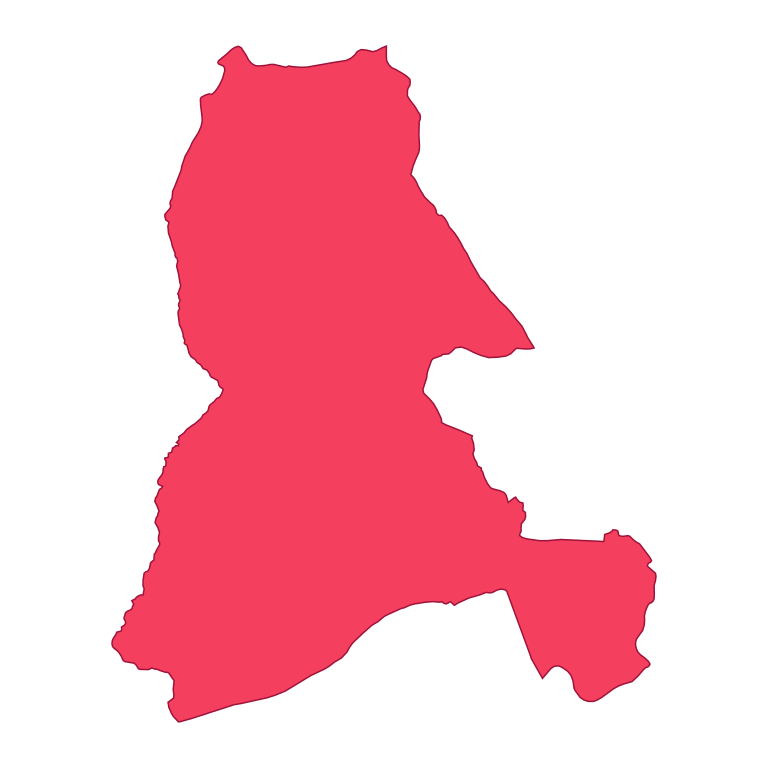 outline of Svay Chrum, Svay Rieng, Cambodia
{"feature_id": "14789045B97733863188211", "entity_name": "Svay Chrum", "entity_type": "district", "adm_level": 2, "iso_a3": "KHM", "parent_name": "Cambodia", "parent_adm1": "Svay Rieng", "projection": "robinson", "projection_center": [105.695, 11.124], "detail": "fine", "context": "isolated", "style": "filled", "palette": "rose", "viewbox_px": 768, "rotation_deg": 0, "n_neighbors": 0, "source": "geoboundaries", "source_scale": "gbopen_adm2", "svg_char_len": 6073}
<svg xmlns="http://www.w3.org/2000/svg" viewBox="0 0 768 768"><path d="M178.5,721.9L180.5,721.6L192.5,718.2L233.7,704.8L241.2,703.5L267.0,697.8L275.2,695.2L285.4,691.0L310.9,675.5L324.2,669.2L329.2,666.2L334.5,662.1L341.4,658.0L346.7,652.4L349.7,647.1L352.0,643.8L354.0,641.6L362.8,633.3L372.2,625.0L378.1,621.6L384.1,616.5L388.1,614.4L401.6,608.3L403.9,607.9L410.1,605.1L414.7,603.9L424.8,602.3L432.5,601.6L440.1,602.2L441.7,601.6L443.9,603.3L446.2,603.9L448.1,603.1L449.3,602.1L450.7,601.9L454.4,605.3L457.8,603.1L468.9,598.0L480.0,594.8L486.3,592.4L489.3,592.9L492.1,592.6L496.8,590.2L500.1,589.2L502.1,589.2L505.4,589.9L506.8,591.3L530.9,656.9L531.1,658.2L542.5,678.4L550.8,668.6L554.4,666.2L558.9,665.9L562.6,667.7L567.6,671.2L570.9,675.2L573.0,680.8L574.1,688.4L575.3,690.8L580.2,697.5L584.0,700.0L588.2,701.4L593.3,701.4L596.7,700.3L601.6,697.5L613.8,688.6L618.4,686.1L623.6,684.0L632.0,681.6L637.7,676.4L643.5,669.6L645.8,667.5L647.7,667.0L649.0,665.9L650.0,664.1L648.4,661.3L644.5,657.8L640.5,654.8L637.9,652.1L636.5,649.1L635.5,645.0L635.8,641.0L636.9,638.4L642.7,630.4L644.3,624.5L644.6,619.7L644.4,615.8L645.5,611.1L646.9,607.4L648.3,604.6L649.6,603.1L650.9,603.0L653.2,601.0L654.1,598.9L654.3,593.5L654.1,585.7L655.5,580.3L656.0,576.4L655.5,573.3L647.4,566.2L647.9,564.0L648.6,563.0L650.3,562.4L651.5,560.8L650.8,559.1L649.1,556.4L639.6,543.9L636.2,542.0L633.7,540.1L629.8,536.3L628.1,535.7L623.1,536.3L620.8,536.1L619.0,535.5L618.4,533.9L618.4,532.6L617.6,530.8L615.9,530.0L612.7,529.9L612.0,531.2L609.3,532.9L604.7,534.5L603.9,541.5L560.7,539.5L548.1,540.6L539.9,540.7L527.6,539.0L522.6,537.7L519.6,535.5L519.9,533.5L521.1,531.6L521.0,529.1L521.4,523.8L524.8,519.5L525.6,516.8L525.4,512.4L522.8,510.4L523.2,505.8L522.9,503.0L519.5,502.1L516.5,498.7L515.7,497.1L514.1,497.9L508.2,502.4L506.2,495.4L504.3,492.7L500.2,490.8L492.8,488.8L490.6,487.8L487.6,483.8L484.5,477.7L482.4,471.3L481.4,470.7L481.3,468.0L477.5,465.9L476.8,462.7L474.3,458.4L472.9,453.8L474.2,449.9L473.5,443.4L471.7,437.9L472.4,435.9L458.4,429.8L446.2,425.0L441.7,422.7L441.3,419.0L440.4,416.7L437.1,409.8L433.6,403.7L429.5,398.9L423.7,393.2L422.9,389.5L426.6,378.0L427.3,372.7L427.9,370.5L431.5,360.4L433.3,358.5L441.6,355.6L442.3,354.4L448.6,353.9L451.4,351.8L455.4,347.8L461.6,347.1L467.1,349.1L473.6,352.4L480.9,355.4L488.8,357.6L497.7,357.2L505.7,356.1L510.7,353.8L516.3,348.3L525.8,349.0L529.9,348.9L534.1,348.0L532.9,345.8L527.5,337.3L526.6,335.1L521.8,326.0L515.6,318.7L511.4,313.0L505.8,306.8L499.3,300.8L493.7,293.9L490.6,290.9L487.7,286.2L484.3,281.7L480.2,277.9L471.0,262.0L466.8,253.3L463.5,248.4L461.2,243.7L457.9,238.0L454.4,232.9L449.1,226.8L447.7,223.3L444.9,218.4L441.7,215.2L439.4,215.4L438.2,215.1L436.3,212.8L436.2,210.6L434.7,207.2L433.0,204.9L430.6,203.0L424.6,197.1L420.0,189.6L418.2,186.2L416.1,181.5L414.1,178.2L410.8,174.6L413.1,166.0L415.6,159.6L418.7,152.6L419.3,149.7L419.5,146.0L418.9,135.3L419.2,122.0L420.1,119.4L420.4,116.2L419.7,114.0L418.1,111.9L415.1,106.7L409.7,99.7L407.4,95.9L407.5,90.0L408.1,88.2L409.9,85.3L410.2,81.5L409.8,79.2L406.9,76.4L404.2,74.5L396.3,69.8L391.6,67.6L388.8,64.7L386.7,60.7L386.3,56.4L386.4,46.1L381.9,47.9L376.9,50.6L372.7,51.7L366.1,50.0L361.1,49.6L357.3,51.5L354.8,54.9L350.9,58.3L345.7,60.6L335.5,62.1L307.1,67.1L300.8,67.3L293.0,66.7L288.6,66.0L286.4,67.1L284.8,67.0L273.8,64.4L269.7,64.5L266.5,65.3L258.9,66.0L255.5,65.7L251.6,63.5L248.4,59.7L246.4,55.7L241.3,47.8L238.3,46.3L234.8,47.4L231.5,49.6L226.3,54.4L218.5,60.8L217.9,62.7L218.5,63.9L223.2,66.0L224.5,67.7L224.8,70.5L222.6,78.4L219.7,84.6L217.3,88.5L215.1,91.4L211.9,94.4L208.9,93.9L204.7,95.4L201.2,97.4L200.4,98.9L200.6,104.8L202.1,117.5L202.2,121.1L201.1,126.4L198.4,132.6L192.3,142.3L189.9,147.8L185.1,156.3L181.8,166.2L181.0,170.6L174.1,188.1L172.7,191.1L172.1,198.1L170.3,201.5L170.0,204.4L170.8,205.4L170.1,208.2L164.9,214.4L164.9,216.7L165.9,220.0L168.9,222.1L168.6,223.9L167.9,226.0L168.5,233.2L171.6,242.4L172.2,245.9L175.0,253.0L175.1,255.6L175.8,257.4L177.0,258.0L177.7,261.2L176.6,266.0L178.7,274.7L179.8,282.2L180.5,284.6L180.6,286.5L179.2,290.0L178.8,291.7L177.7,293.9L178.7,295.3L178.9,298.2L180.1,300.1L179.7,301.6L178.9,303.1L178.5,305.3L179.4,307.6L179.6,308.8L178.3,310.9L178.0,312.8L178.2,314.9L179.5,324.9L181.6,329.2L183.1,334.0L183.2,336.6L184.9,340.7L184.2,342.9L185.2,344.3L186.9,345.1L188.7,351.5L188.9,352.9L191.1,356.7L195.2,359.5L197.1,362.5L200.6,364.7L203.1,368.6L206.9,370.0L209.3,373.3L210.2,375.8L211.5,377.2L217.8,380.6L219.0,385.5L220.8,387.7L222.3,388.3L223.1,389.1L222.5,391.6L221.1,394.8L219.5,397.2L216.8,398.4L214.0,401.7L210.2,404.7L209.1,406.2L208.0,410.8L205.6,413.2L202.9,415.0L201.6,417.8L194.7,423.9L192.3,425.3L186.8,429.4L183.8,433.1L178.8,436.8L179.1,439.9L176.4,442.5L178.8,444.0L178.1,445.9L175.7,445.6L174.8,446.8L172.5,448.1L172.3,449.7L171.5,452.3L168.4,453.3L168.3,457.2L164.7,458.1L165.0,459.6L165.9,460.7L166.0,464.5L165.4,466.3L163.7,466.8L163.0,470.0L163.1,471.5L162.3,474.1L158.5,479.3L157.9,480.8L157.8,482.3L158.4,484.4L162.6,486.5L161.4,488.3L159.8,489.1L159.1,490.3L156.7,496.6L155.6,497.7L154.8,501.3L157.2,506.2L159.1,511.4L158.3,512.5L157.4,516.3L156.6,517.1L156.1,518.2L155.1,522.7L157.8,527.4L159.5,532.5L158.5,537.1L158.5,540.9L159.7,542.8L159.6,544.8L156.2,550.8L155.2,553.3L154.3,554.1L153.9,560.0L150.6,562.7L149.4,568.5L147.8,571.1L145.8,571.8L144.1,573.3L143.1,580.1L143.0,585.8L144.2,588.9L143.0,595.0L140.9,594.9L138.6,595.8L136.4,597.3L135.0,599.1L131.8,600.6L133.7,604.3L132.8,605.8L131.8,608.8L129.5,610.5L128.3,610.7L125.6,612.6L124.1,617.5L124.1,619.1L124.8,620.0L125.5,621.8L125.5,623.7L124.1,625.4L121.5,627.0L121.7,629.4L121.0,631.1L116.9,632.1L115.8,634.6L113.3,638.4L112.3,640.6L112.0,644.0L112.6,646.6L113.8,648.0L117.1,650.6L119.2,652.9L121.4,656.4L123.1,660.4L124.9,661.6L134.1,663.2L136.1,664.9L138.4,668.8L140.1,669.4L148.5,669.6L151.9,668.0L154.7,669.1L157.0,669.2L159.6,670.4L164.5,672.0L168.5,672.6L174.1,680.7L173.2,689.5L173.9,695.1L173.6,698.1L168.0,702.3L168.9,707.5L171.4,713.2L173.4,716.5L178.5,721.9Z" fill="#f43f5e" stroke="#9f1239" stroke-width="1.5"/></svg>